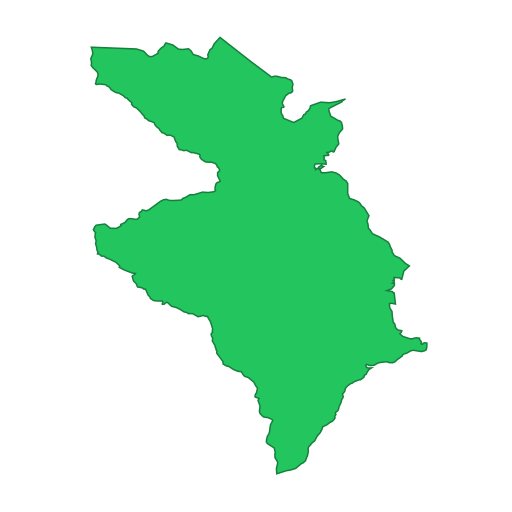 Carlibaba, Suceava, Romania (Robinson projection), rotated 3°
{"feature_id": "2599482B80597695869620", "entity_name": "Carlibaba", "entity_type": "district", "adm_level": 2, "iso_a3": "ROU", "parent_name": "Romania", "parent_adm1": "Suceava", "projection": "robinson", "projection_center": [25.055, 47.601], "detail": "fine", "context": "isolated", "style": "filled", "palette": "green", "viewbox_px": 512, "rotation_deg": 3, "n_neighbors": 0, "source": "geoboundaries", "source_scale": "gbopen_adm2", "svg_char_len": 6061}
<svg xmlns="http://www.w3.org/2000/svg" viewBox="0 0 512 512"><g transform="rotate(3 256 256)"><path d="M288.1,472.4L297.3,468.9L301.7,467.9L306.7,466.1L312.0,461.1L313.6,460.3L316.1,458.0L318.0,452.0L318.5,448.4L318.1,445.6L318.6,443.7L320.4,441.8L321.1,440.4L324.4,437.4L326.1,433.4L327.2,432.0L327.4,431.2L328.7,430.1L330.1,427.6L330.0,427.1L330.8,426.1L331.6,423.0L335.7,420.8L338.5,418.4L341.0,417.0L343.1,414.3L343.4,413.4L343.0,412.0L344.1,410.1L343.5,408.7L344.0,407.6L345.5,406.6L346.3,405.2L346.9,402.0L348.6,397.8L349.1,395.0L350.4,392.6L350.4,391.6L349.6,389.4L351.7,386.6L352.2,383.5L354.3,380.8L357.4,378.4L358.7,378.0L360.3,376.6L365.6,374.2L366.6,374.2L368.6,372.8L370.1,371.3L370.6,369.4L372.3,368.2L373.0,366.3L374.7,363.5L377.2,361.7L374.2,362.0L372.3,361.5L371.3,359.2L372.1,358.4L374.9,359.4L377.1,359.3L379.7,358.9L383.3,356.5L386.7,355.6L391.9,354.8L394.8,355.5L398.0,355.5L400.6,354.2L401.9,352.6L407.2,348.3L407.4,347.5L408.7,346.2L411.7,345.1L415.5,342.6L417.9,341.9L426.3,342.8L429.4,341.8L431.0,340.6L431.4,337.1L431.2,334.0L429.2,333.8L427.9,334.2L426.9,335.4L426.3,335.5L425.4,334.8L425.8,333.3L423.5,330.4L423.6,329.5L420.7,329.3L417.8,329.8L416.7,330.6L413.7,330.5L406.8,328.6L404.0,326.4L403.7,326.0L405.2,324.5L405.5,322.9L401.5,322.5L399.3,320.5L398.1,316.6L396.5,314.8L395.4,309.6L394.7,304.2L392.3,300.8L391.7,296.5L393.8,296.1L397.8,296.7L395.9,285.6L394.5,285.1L394.1,284.4L388.5,283.7L393.0,281.8L395.8,278.1L395.6,276.0L393.8,275.9L395.4,274.6L395.3,273.4L394.3,273.2L395.4,271.8L394.9,271.5L395.0,270.2L400.7,270.3L401.7,271.4L402.8,271.7L404.4,263.4L409.7,257.9L405.5,255.5L400.0,250.7L394.2,248.4L391.7,244.9L391.6,243.1L389.5,239.5L388.6,237.1L387.0,235.1L378.2,230.4L371.1,227.7L368.4,223.8L366.9,222.5L366.1,218.0L365.1,215.8L365.1,214.5L366.7,209.9L361.7,202.5L358.2,199.9L357.8,198.8L355.5,196.6L351.4,194.9L346.4,193.6L344.3,188.7L343.8,178.8L342.1,176.4L339.2,174.7L335.5,171.0L331.9,169.0L327.4,168.0L320.5,169.3L316.8,169.4L315.6,166.6L314.8,166.3L319.0,163.1L317.4,162.7L316.8,161.9L314.0,163.8L314.2,165.1L312.5,165.2L311.2,166.7L310.5,164.9L309.7,164.8L309.7,162.3L310.1,161.2L314.0,160.6L321.3,160.6L320.6,157.0L319.1,156.5L318.8,155.3L319.1,154.2L318.3,152.8L318.5,152.3L323.2,151.7L323.2,150.8L321.4,148.9L322.0,148.7L322.8,148.9L325.8,147.2L326.8,147.3L327.6,148.1L328.5,147.8L330.3,143.1L332.8,139.7L331.5,134.1L331.4,132.0L332.8,128.5L335.8,124.7L335.5,121.8L334.4,118.2L332.8,116.7L331.0,116.4L323.3,112.4L321.3,107.3L321.0,105.3L321.8,104.4L333.5,97.7L334.4,96.3L337.2,94.5L327.6,97.8L321.4,99.1L312.5,99.0L302.6,103.1L302.3,105.1L301.6,106.5L300.6,108.2L298.8,109.5L297.9,111.6L296.3,112.4L294.7,115.9L286.7,120.7L276.3,117.1L275.4,114.5L273.9,112.4L273.6,110.7L273.4,107.1L273.9,106.5L275.8,106.1L276.1,105.4L274.4,102.6L274.3,100.8L277.4,94.1L279.2,92.9L279.7,92.0L282.9,91.0L284.0,89.4L283.4,85.8L283.9,82.5L282.6,79.2L281.5,78.3L278.2,77.5L276.5,76.4L272.1,76.4L267.4,75.4L265.0,75.5L262.2,76.5L241.0,62.3L208.6,39.6L203.2,46.2L201.4,50.6L199.2,52.5L197.3,57.6L197.9,59.9L197.2,61.0L195.8,61.9L193.0,61.4L187.8,59.2L182.8,58.1L180.4,54.6L177.8,52.6L171.9,53.6L167.8,53.5L162.1,49.7L154.9,47.9L153.9,49.4L153.4,50.9L150.1,53.6L147.8,56.4L147.4,57.2L147.8,58.6L142.0,62.2L140.0,62.5L137.6,61.7L133.0,57.3L125.7,55.5L80.6,56.1L81.9,59.6L82.5,62.7L80.7,67.6L81.7,71.7L81.4,74.3L83.3,76.6L87.8,80.5L88.7,82.4L88.7,84.6L87.2,88.9L87.3,89.9L86.7,92.3L87.0,92.8L87.9,93.1L90.6,92.4L97.0,92.8L98.5,94.1L99.8,94.4L101.8,96.3L102.4,97.3L106.2,99.5L108.3,100.3L110.2,100.4L114.9,102.7L117.3,104.8L119.4,105.3L120.1,106.5L123.9,109.4L123.8,111.0L125.8,113.2L129.0,114.5L132.7,117.7L135.7,121.0L136.6,121.5L137.6,123.8L140.4,125.3L141.5,126.4L147.2,128.0L148.5,130.7L151.0,133.0L152.4,133.6L153.1,135.0L155.7,137.8L157.5,138.1L161.0,140.2L163.9,139.7L167.9,141.4L169.9,146.1L171.2,147.4L171.7,150.6L173.8,153.8L175.8,153.8L178.1,154.6L181.2,154.1L186.1,156.2L187.9,156.0L193.9,157.3L194.8,158.1L194.7,159.8L195.2,160.8L196.4,162.2L200.0,164.4L201.4,164.8L206.8,164.7L210.4,165.7L211.9,167.0L212.7,169.0L214.2,170.0L215.2,172.4L215.0,173.1L213.3,174.6L213.4,177.8L216.4,183.1L215.7,183.8L213.5,184.6L212.2,186.1L211.5,189.6L211.7,191.7L212.2,192.7L210.6,194.0L205.0,195.1L199.2,195.0L191.1,198.0L187.0,198.2L182.1,201.4L179.7,202.4L179.4,203.1L178.2,204.1L169.6,205.0L166.4,205.0L163.4,204.1L160.7,204.7L157.8,206.3L146.8,215.3L144.3,216.6L140.0,215.9L139.2,217.4L137.3,218.6L137.0,220.5L137.7,223.1L135.4,225.5L134.2,225.7L128.7,225.2L126.7,225.5L125.2,226.8L123.5,229.3L119.2,231.6L119.8,232.8L115.2,235.7L109.0,235.9L104.3,232.4L103.1,232.0L94.8,233.6L93.1,235.7L93.2,236.6L92.2,238.0L92.5,238.9L94.6,241.1L94.1,242.7L94.4,244.1L94.1,245.6L95.6,249.3L95.1,251.9L96.5,255.9L96.8,258.1L97.9,260.5L97.6,262.1L98.7,261.9L99.0,262.5L100.7,263.2L101.6,264.2L104.1,264.1L107.1,266.0L109.0,266.4L116.3,269.5L120.4,272.9L120.0,274.5L125.3,276.9L133.3,279.5L136.5,279.7L135.5,281.1L134.2,281.8L133.4,282.8L135.1,287.6L137.7,289.7L139.3,293.1L144.2,293.8L145.8,295.0L147.4,294.8L150.2,300.5L152.1,302.4L152.8,303.9L155.9,305.8L159.1,306.1L164.7,305.9L165.3,306.4L164.9,309.0L165.4,309.2L167.1,308.8L168.3,307.4L169.8,306.9L174.4,310.7L179.1,311.6L183.8,313.7L186.8,315.5L190.2,316.2L191.5,317.1L195.7,316.9L201.4,319.7L206.3,318.2L209.2,319.0L210.8,318.8L211.4,320.3L214.0,324.1L216.6,331.2L216.2,332.8L216.7,334.4L215.5,335.5L215.3,336.7L215.9,338.6L217.1,340.2L216.8,343.1L220.0,348.0L220.0,349.2L221.0,350.5L220.9,351.5L221.9,353.0L221.8,354.7L222.1,355.4L228.4,363.0L228.9,365.7L232.4,367.4L234.6,367.7L239.6,370.6L244.0,372.1L247.4,372.3L249.5,375.4L251.0,376.8L254.5,377.7L260.4,382.0L262.7,385.9L264.4,387.7L263.7,392.5L262.7,394.0L262.3,396.2L262.6,396.9L266.4,398.1L265.6,400.2L267.9,405.7L267.5,411.0L268.4,413.3L271.8,416.3L276.4,416.8L280.2,418.2L281.4,419.3L279.3,423.7L278.6,431.3L278.1,433.1L276.9,435.2L276.1,438.9L276.1,441.2L277.3,442.8L284.2,446.7L285.6,451.4L285.2,452.5L285.5,456.4L288.0,460.0L288.5,461.5L287.5,467.1L288.1,472.4Z" fill="#22c55e" stroke="#15803d" stroke-width="1.5"/></g></svg>